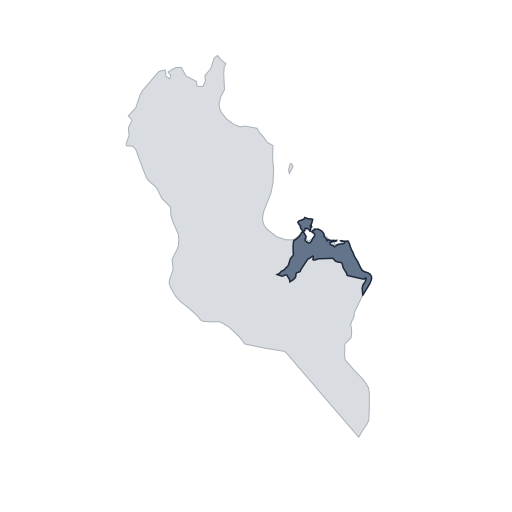 location of Médenine within Tunisia, rotated 330°
{"feature_id": "TUN-96", "entity_name": "Médenine", "entity_type": "Governorate", "adm_level": 1, "iso_a3": "TUN", "parent_name": "Tunisia", "parent_adm1": "", "projection": "equal_earth", "projection_center": [10.815, 33.079], "detail": "fine", "context": "in_parent", "style": "filled", "palette": "slate", "viewbox_px": 512, "rotation_deg": 330, "n_neighbors": 0, "source": "natural_earth", "source_scale": "10m", "svg_char_len": 5657}
<svg xmlns="http://www.w3.org/2000/svg" viewBox="0 0 512 512"><g transform="rotate(330 256 256)"><path d="M343.1,289.0L343.0,290.5L341.4,301.7L341.1,305.8L340.9,312.6L340.9,320.8L344.5,327.7L344.6,330.8L343.2,334.3L336.7,338.4L328.3,343.6L321.0,348.6L313.0,354.0L310.6,357.5L306.7,360.2L303.4,363.0L302.8,365.6L300.4,370.5L297.4,374.4L289.8,376.3L288.4,377.5L284.9,383.4L283.3,385.7L281.3,390.6L283.8,403.3L287.0,416.3L287.6,421.8L287.5,426.3L285.7,431.2L281.7,438.2L278.7,443.3L272.9,452.5L271.3,454.8L267.3,457.5L259.7,461.1L254.3,464.3L251.7,450.1L249.4,438.1L247.5,428.2L244.2,410.8L241.5,396.0L238.7,381.3L236.2,367.9L233.7,354.5L232.6,352.5L224.9,346.2L217.7,340.4L210.3,333.8L202.3,326.6L201.1,317.6L197.1,304.0L192.8,296.4L191.2,294.5L182.5,289.6L177.4,286.0L176.1,283.9L175.2,278.4L171.7,267.4L167.7,257.5L166.3,250.8L166.2,242.4L167.1,236.3L168.9,233.7L177.5,226.1L181.6,217.0L186.5,213.6L190.8,211.0L194.2,208.1L197.3,203.3L199.7,198.1L200.2,192.6L201.2,183.9L202.8,177.7L206.5,170.8L205.0,165.3L203.2,159.3L203.9,148.9L203.4,144.7L201.9,141.0L200.4,136.2L200.4,132.2L202.0,121.8L203.3,113.8L205.2,103.5L204.6,100.6L203.2,98.5L199.2,96.2L199.1,94.8L200.2,93.3L206.3,88.3L209.6,80.9L212.3,79.4L216.4,76.7L216.3,73.9L215.4,70.8L226.2,67.4L236.4,58.3L240.1,56.1L263.8,47.7L266.8,48.3L270.3,49.5L269.3,52.6L267.9,55.1L269.9,59.5L272.7,56.8L272.0,55.0L271.9,52.7L276.7,52.5L281.0,52.8L285.7,55.4L285.4,65.3L291.7,74.9L289.9,79.7L295.0,82.6L299.7,79.2L302.0,74.1L310.4,71.2L318.5,63.8L322.9,63.1L323.9,69.1L326.1,74.4L323.0,76.3L319.2,82.0L311.8,96.3L305.0,100.5L299.9,106.1L298.3,110.0L297.8,114.6L299.1,122.9L302.8,131.2L307.0,136.3L311.2,137.9L320.8,145.9L320.7,150.7L322.0,156.3L322.5,163.2L325.9,168.7L318.7,180.7L314.8,189.4L307.1,201.4L300.2,209.2L285.5,220.8L281.9,224.6L279.5,228.6L278.4,232.8L278.8,237.7L283.6,249.8L290.0,256.9L296.6,260.8L308.0,259.2L307.6,263.9L308.5,269.5L313.1,269.2L316.2,268.3L318.9,262.9L324.5,266.6L327.4,278.0L332.1,281.5L332.7,282.9L331.0,283.7L329.7,285.0L331.1,286.0L335.7,287.4L338.5,286.5L343.1,289.0ZM318.8,257.3L317.7,257.5L315.5,259.1L314.4,259.3L311.2,257.5L310.0,257.5L308.4,256.3L309.0,249.4L309.5,247.5L317.3,247.2L321.5,251.3L322.2,252.4L322.4,253.6L320.4,255.9L318.8,257.3ZM332.9,197.0L326.1,201.2L327.4,197.5L331.9,193.1L333.0,194.2L332.9,197.0Z" fill="#d9dde1" stroke="#a8b0b8" stroke-width="1"/><path d="M344.1,334.1L343.6,334.6L340.5,337.0L328.9,343.3L328.9,343.2L331.8,337.1L332.5,336.2L333.3,335.4L334.1,334.7L335.0,334.1L337.1,333.2L337.8,332.8L339.4,331.5L339.7,331.1L340.0,330.6L340.1,330.4L340.2,330.1L340.1,329.9L339.9,329.7L339.5,329.7L338.3,330.0L337.9,330.0L337.6,329.8L337.2,329.5L325.5,318.7L325.4,318.5L325.3,318.2L325.3,317.8L325.8,315.9L325.8,315.2L325.6,310.1L325.7,309.6L325.8,309.2L326.3,307.5L326.6,306.5L326.7,305.5L326.7,305.1L326.7,304.9L326.6,304.5L326.5,304.3L326.4,304.1L326.1,303.9L325.8,303.6L325.3,303.3L324.7,302.9L322.8,300.9L322.5,300.5L322.2,300.0L322.1,299.7L321.5,297.0L321.5,296.8L321.4,296.7L321.1,296.3L320.8,296.1L308.6,289.6L307.6,289.4L305.5,289.1L304.8,288.8L304.3,288.6L303.9,288.2L303.7,288.0L303.6,287.8L303.5,287.6L303.5,287.4L303.6,287.2L304.6,286.6L304.8,286.3L304.8,286.0L304.8,285.8L305.2,285.2L305.3,285.0L305.3,284.8L305.3,284.6L305.1,284.4L304.7,284.4L301.3,284.8L299.7,284.6L299.4,284.6L299.0,284.8L291.2,288.6L290.6,289.0L287.6,290.5L287.2,290.8L286.9,291.2L286.7,291.4L286.4,291.5L285.8,291.5L283.6,291.0L282.8,290.9L282.5,291.0L282.2,291.2L281.6,291.6L281.3,291.9L281.1,292.2L280.2,293.7L280.0,293.8L279.8,294.0L278.3,294.7L277.2,295.0L276.3,295.2L272.4,295.3L273.1,293.7L273.2,293.2L273.2,292.8L273.2,288.4L273.2,288.1L273.2,287.9L273.0,287.7L272.6,287.4L271.7,287.1L271.3,287.0L270.9,287.0L270.5,287.0L270.1,287.0L269.3,286.8L268.4,286.4L267.6,285.6L265.0,282.6L265.8,282.6L267.0,282.8L267.4,282.8L267.8,282.7L269.7,282.1L270.5,281.9L272.9,282.1L273.7,282.1L274.0,282.0L275.3,281.4L278.6,280.6L279.1,280.4L284.2,275.7L285.6,275.0L288.6,274.0L288.8,273.8L289.1,273.5L290.1,271.3L292.5,267.0L292.7,266.5L293.0,266.0L295.8,262.2L296.7,261.4L296.9,261.3L298.2,261.7L301.2,261.2L304.5,260.1L307.4,258.4L308.2,258.2L309.2,260.2L309.1,264.3L307.8,265.5L307.1,265.8L306.5,266.6L306.3,267.6L306.6,268.5L307.6,270.5L308.2,271.3L309.1,271.6L311.0,271.1L314.4,268.9L316.0,268.3L316.7,268.0L317.4,267.1L317.7,266.0L317.5,264.9L316.7,264.0L316.6,263.5L317.9,262.3L318.4,262.7L319.0,262.8L319.5,262.6L319.7,261.9L320.0,261.9L320.7,262.4L322.6,263.4L323.4,263.9L324.0,264.8L325.5,267.4L325.6,268.0L325.9,270.9L324.7,273.0L325.6,276.6L325.2,278.3L326.5,277.8L327.4,278.9L328.3,280.2L329.3,280.8L330.4,281.1L332.6,282.4L333.7,282.8L333.4,283.1L333.1,283.2L328.8,281.7L326.6,281.4L326.1,283.2L326.5,283.9L327.3,284.6L328.0,285.4L328.3,286.7L328.7,287.3L329.7,287.3L331.6,286.9L333.5,287.3L337.2,288.9L339.2,288.9L339.9,288.3L339.7,287.5L338.9,286.8L338.1,286.5L337.6,286.1L337.0,285.3L336.3,284.5L340.3,287.7L342.8,289.0L343.1,289.0L343.1,291.7L341.9,297.3L341.8,298.2L341.8,301.5L341.0,305.5L341.3,311.6L340.7,317.8L340.7,321.1L341.6,323.3L344.6,326.6L345.7,328.8L345.8,331.2L345.0,333.1L344.1,334.1ZM320.3,250.3L321.2,250.9L322.1,251.3L322.8,251.8L323.4,252.7L320.4,255.6L319.7,256.0L319.4,256.3L319.2,256.8L318.8,258.7L318.5,258.7L318.7,257.1L318.8,256.7L318.1,256.9L317.6,258.8L316.8,260.1L316.0,261.0L315.8,262.1L315.0,261.2L315.0,260.2L315.3,259.3L314.5,257.9L313.7,257.5L313.0,256.8L312.3,256.6L311.5,257.5L311.1,258.3L310.3,258.6L309.2,257.7L309.0,256.8L308.7,255.2L308.7,253.6L309.6,252.0L309.0,249.6L309.1,247.7L310.7,247.1L314.3,247.9L316.2,248.1L317.6,247.1L318.9,248.8L320.3,250.3Z" fill="#64748b" stroke="#1e293b" stroke-width="1.5"/></g></svg>